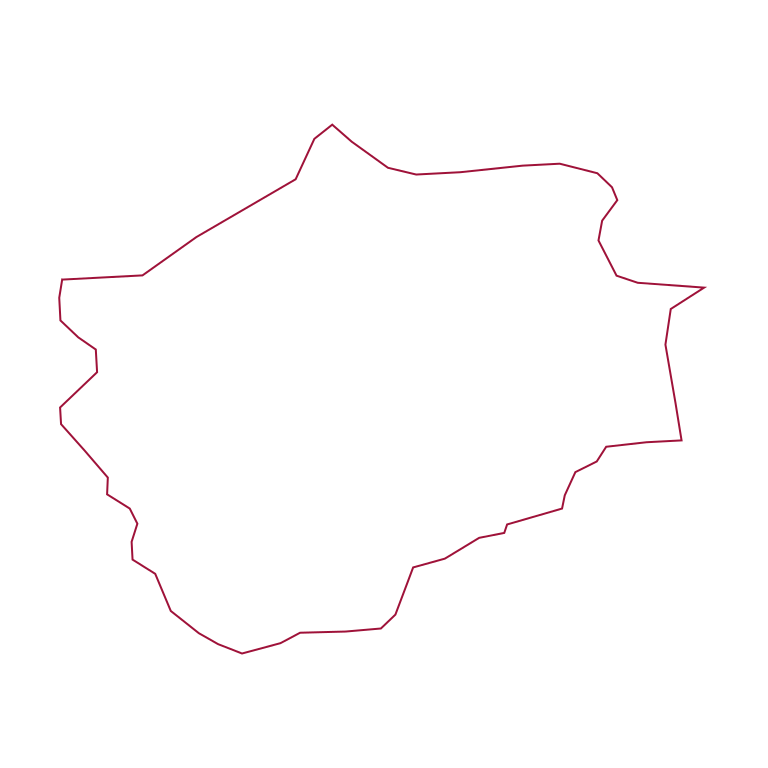 the district of Laholm, Halland, Sweden, rotated 177°
{"feature_id": "70781695B78273070971821", "entity_name": "Laholm", "entity_type": "district", "adm_level": 2, "iso_a3": "SWE", "parent_name": "Sweden", "parent_adm1": "Halland", "projection": "robinson", "projection_center": [13.225, 56.526], "detail": "fine", "context": "isolated", "style": "outline", "palette": "rose", "viewbox_px": 768, "rotation_deg": 177, "n_neighbors": 0, "source": "geoboundaries", "source_scale": "gbopen_adm2", "svg_char_len": 954}
<svg xmlns="http://www.w3.org/2000/svg" viewBox="0 0 768 768"><g transform="rotate(177 384 384)"><path d="M150.2,573.0L159.9,583.3L197.0,594.8L234.1,594.8L296.8,591.5L340.9,591.5L368.7,599.7L403.5,627.6L420.7,644.3L422.1,645.7L440.7,632.5L461.5,593.1L563.6,540.6L619.5,505.1L699.6,505.1L699.9,505.2L703.8,487.1L703.8,464.4L686.9,446.6L670.0,433.5L669.9,410.8L708.7,377.5L708.6,360.8L686.7,333.5L664.7,305.0L666.3,288.3L644.4,272.9L637.6,257.4L644.3,239.6L644.3,221.8L643.3,221.1L622.4,206.4L608.8,168.5L581.9,144.8L563.3,132.9L539.9,122.3L501.0,130.6L480.8,140.0L435.3,138.8L399.9,140.0L384.7,153.1L371.2,183.9L364.5,199.3L332.4,206.4L297.0,225.4L271.7,229.0L268.4,237.3L243.1,243.2L212.7,250.3L209.3,263.4L197.5,286.0L175.6,295.5L165.4,309.7L124.9,312.1L89.8,312.1L93.9,349.8L100.9,408.6L93.7,443.9L59.3,463.5L125.3,471.8L146.1,480.0L162.3,516.1L157.6,535.7L141.4,555.4L146.0,568.5L150.2,573.0Z" fill="none" stroke="#9f1239" stroke-width="2"/></g></svg>